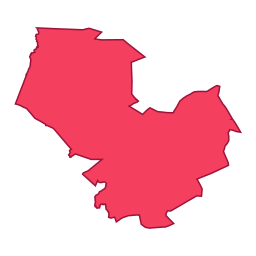 Coapilla, Chiapas, Mexico
{"feature_id": "50627088B26758621941112", "entity_name": "Coapilla", "entity_type": "district", "adm_level": 2, "iso_a3": "MEX", "parent_name": "Mexico", "parent_adm1": "Chiapas", "projection": "albers", "projection_center": [-93.127, 17.118], "detail": "fine", "context": "isolated", "style": "filled", "palette": "rose", "viewbox_px": 256, "rotation_deg": 0, "n_neighbors": 0, "source": "geoboundaries", "source_scale": "gbopen_adm2", "svg_char_len": 5292}
<svg xmlns="http://www.w3.org/2000/svg" viewBox="0 0 256 256"><path d="M83.1,29.8L57.2,28.8L36.8,27.9L36.9,28.0L37.2,28.2L37.4,28.9L37.6,29.8L37.9,30.1L38.2,31.0L38.3,31.5L38.7,32.0L38.7,32.6L38.5,33.2L38.5,33.6L38.4,34.0L38.1,34.2L37.8,34.3L37.0,34.4L36.4,34.3L36.2,34.5L36.0,34.8L35.9,35.4L35.6,36.2L35.8,36.3L36.1,37.0L36.4,37.4L36.2,38.3L36.0,39.0L36.8,40.1L36.9,41.0L36.6,41.3L37.8,42.5L37.4,43.6L38.0,45.3L38.0,45.8L37.7,45.7L37.3,46.3L37.9,46.2L38.1,46.3L38.0,47.3L37.8,47.3L37.6,47.3L37.1,47.6L36.7,47.8L36.2,48.3L36.3,49.0L35.9,49.3L35.6,49.5L35.1,49.4L34.7,49.7L34.3,49.9L34.0,50.3L34.2,51.3L34.5,51.9L34.8,52.3L34.2,52.4L33.9,52.6L33.4,52.7L33.0,52.6L32.4,52.9L31.9,52.7L31.5,53.0L31.0,53.6L30.6,54.4L30.9,54.6L30.6,54.7L30.3,55.3L30.4,55.7L30.1,56.0L29.7,56.8L29.9,57.6L30.6,58.6L30.8,61.5L30.5,62.4L30.4,62.7L30.4,63.4L30.2,64.3L30.5,65.0L29.9,66.4L29.8,67.3L28.6,69.1L28.3,70.3L27.8,71.7L27.6,71.9L27.0,73.3L26.1,74.7L26.6,74.8L24.8,79.4L23.0,84.2L21.1,89.0L18.2,96.6L15.4,103.9L15.5,103.9L16.3,104.2L16.7,104.2L18.2,104.7L21.8,106.2L22.2,106.6L26.4,108.4L26.7,108.6L29.0,111.3L30.1,112.5L32.5,115.4L35.0,118.3L40.9,121.5L44.1,123.4L44.7,123.7L45.3,124.0L45.8,125.5L46.1,125.6L46.3,125.5L46.5,125.6L46.9,125.3L47.6,125.6L49.5,126.6L52.3,127.8L53.6,128.6L54.2,129.3L54.4,129.5L56.9,132.4L58.1,133.8L59.6,135.6L60.2,136.3L62.8,139.4L63.3,140.0L64.0,140.7L64.8,141.6L64.9,141.8L65.6,142.6L67.1,144.4L67.6,145.0L67.9,145.3L68.2,145.7L69.9,147.6L70.5,148.2L71.3,149.4L71.0,149.4L70.8,149.5L70.5,149.6L69.5,150.5L69.7,151.4L69.9,151.7L70.2,152.5L68.6,155.1L68.7,155.3L68.8,155.3L69.7,155.5L69.8,156.0L69.7,157.0L70.0,157.2L70.3,157.2L70.9,157.2L71.4,156.6L71.6,156.4L73.4,155.2L73.6,155.0L75.3,154.0L76.1,154.2L90.6,159.2L91.1,159.4L91.6,159.4L102.0,159.4L100.8,160.4L100.6,160.5L98.5,162.3L97.7,163.0L95.9,164.4L95.1,165.1L91.8,167.8L89.2,169.9L88.5,170.6L84.7,172.3L83.8,172.7L82.9,173.4L82.6,174.2L86.6,177.8L87.8,178.9L91.1,181.9L91.5,182.3L95.4,185.8L97.6,180.5L97.9,180.9L98.3,181.8L99.1,182.3L99.9,182.5L100.5,182.6L101.1,182.6L101.8,182.4L102.2,182.4L103.0,182.2L103.5,182.0L103.9,181.8L104.8,182.1L105.6,182.7L106.0,183.0L106.4,183.6L106.2,184.2L105.7,185.1L106.0,186.2L105.9,186.4L105.4,187.1L105.0,188.3L104.6,188.8L103.5,189.3L103.0,189.6L102.3,190.1L101.7,190.6L101.1,190.9L100.5,191.4L99.5,191.7L98.5,193.9L98.0,194.2L97.2,194.5L96.6,195.0L96.0,195.2L95.3,196.2L94.8,197.1L95.0,198.4L95.4,198.9L95.0,200.0L95.3,201.1L95.6,201.6L95.3,202.8L95.0,203.6L94.8,204.4L95.0,206.3L95.7,206.1L95.8,206.6L95.8,207.0L96.2,207.1L96.7,208.0L97.1,208.2L98.0,207.8L98.7,207.9L99.2,208.0L99.6,207.7L99.7,207.0L100.0,206.5L99.7,205.8L100.1,205.4L100.4,204.6L101.1,204.1L101.8,204.2L102.0,204.4L102.4,204.0L102.8,203.9L103.1,204.5L104.1,204.6L104.7,204.3L105.3,204.1L105.4,204.5L105.9,205.3L105.7,206.4L105.9,207.0L106.0,208.3L106.0,209.2L107.0,210.0L107.3,210.5L108.1,211.9L108.5,211.8L108.8,213.2L108.9,214.1L108.9,215.5L108.7,216.2L108.6,217.3L111.0,218.1L113.4,217.4L114.6,217.2L116.3,221.9L119.0,220.1L120.7,218.8L122.7,217.6L123.5,217.4L124.4,217.1L128.3,215.7L136.5,215.0L139.4,215.1L140.3,219.8L141.3,224.3L145.3,227.3L149.4,228.1L153.2,227.8L156.7,227.5L160.3,227.3L163.5,227.0L165.4,227.0L169.5,225.5L173.7,223.5L171.8,221.6L169.9,219.7L168.0,217.7L166.2,215.9L166.2,215.4L165.9,213.8L166.2,213.3L167.5,210.9L170.9,210.9L174.1,209.0L177.3,207.2L180.5,205.3L183.7,203.4L186.9,201.5L190.1,199.7L193.4,197.8L196.6,195.9L199.0,196.0L201.5,196.2L202.1,188.9L200.7,186.0L200.3,185.2L199.1,182.9L197.7,180.4L197.3,179.7L196.9,179.1L198.2,178.6L200.6,177.6L204.3,176.1L207.9,174.7L211.6,173.2L215.0,171.6L217.2,170.6L219.5,169.5L221.7,168.5L224.0,167.4L226.3,166.4L228.5,165.3L228.3,163.1L227.9,162.1L227.0,159.8L225.3,155.9L224.2,153.4L223.5,151.2L224.5,148.7L224.8,146.5L225.5,145.5L226.7,144.1L227.2,143.6L227.8,142.4L228.8,140.5L228.8,137.0L228.8,136.3L228.7,135.6L228.6,135.1L228.3,134.3L228.4,132.9L228.3,132.3L229.4,130.9L229.7,129.8L231.4,129.9L233.6,130.5L236.1,131.5L239.4,132.0L240.6,132.2L238.1,127.8L235.1,122.8L232.5,119.1L231.8,119.1L232.3,118.8L226.8,109.3L224.8,106.3L223.0,104.2L221.4,101.7L219.6,98.5L218.7,96.8L217.9,96.0L218.0,95.2L218.4,93.7L218.6,93.3L219.1,90.9L219.3,89.0L219.4,88.4L219.8,86.4L219.5,86.3L219.1,86.2L218.8,86.0L216.8,85.6L216.7,85.6L212.4,88.0L212.0,88.3L211.4,88.7L210.5,89.2L206.9,91.5L205.7,91.5L204.0,91.5L203.0,91.4L200.3,91.4L198.5,91.5L197.3,91.5L195.1,91.8L194.4,91.8L192.3,92.8L191.3,93.6L190.7,93.9L189.6,94.5L188.9,94.9L188.4,95.1L187.1,95.7L186.0,96.4L185.0,97.1L184.8,97.2L183.4,98.1L179.9,101.0L179.2,102.4L178.6,103.4L178.3,103.9L178.0,104.6L177.9,104.7L176.6,107.1L175.9,108.1L174.8,110.0L174.0,111.0L173.6,112.4L173.1,112.7L172.9,112.8L166.8,112.6L162.3,112.1L157.5,111.6L152.4,109.0L149.8,107.8L149.5,108.1L148.2,109.1L146.4,110.6L142.6,114.4L136.6,110.7L129.0,106.1L131.8,104.8L133.5,103.5L134.2,103.1L134.6,103.1L134.9,103.0L135.2,102.9L136.4,102.4L136.6,102.3L137.6,101.8L137.7,101.7L138.0,101.5L138.4,101.1L135.6,98.6L135.6,98.9L131.7,94.0L131.9,86.2L132.0,81.4L131.6,71.5L131.5,68.2L131.4,65.2L131.3,62.3L138.4,59.5L140.7,58.6L144.9,57.0L127.5,43.4L123.2,39.7L101.6,39.9L95.9,39.1L95.7,39.1L94.8,39.0L95.3,38.2L101.2,32.5L101.6,32.1L89.1,28.3L85.3,29.1L83.1,29.8Z" fill="#f43f5e" stroke="#9f1239" stroke-width="1.5"/></svg>